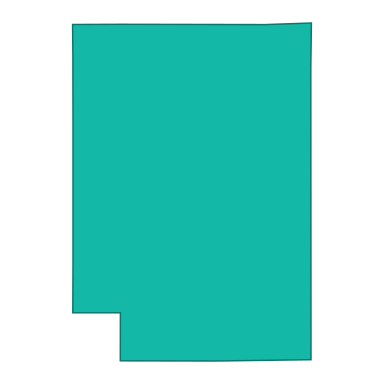 the district of Clark, Wisconsin, United States of America
{"feature_id": "52423323B98849496539352", "entity_name": "Clark", "entity_type": "district", "adm_level": 2, "iso_a3": "USA", "parent_name": "United States of America", "parent_adm1": "Wisconsin", "projection": "mercator", "projection_center": [-90.632, 44.728], "detail": "fine", "context": "isolated", "style": "filled", "palette": "teal", "viewbox_px": 384, "rotation_deg": 0, "n_neighbors": 0, "source": "geoboundaries", "source_scale": "gbopen_adm2", "svg_char_len": 321}
<svg xmlns="http://www.w3.org/2000/svg" viewBox="0 0 384 384"><path d="M311.4,23.0L264.8,24.6L216.4,24.5L121.0,24.3L72.6,24.5L72.9,56.6L72.9,72.7L73.0,120.9L73.0,265.1L72.8,312.8L120.4,312.8L120.3,360.8L215.7,361.0L311.0,359.7L310.9,216.1L310.8,67.7L311.4,23.0Z" fill="#14b8a6" stroke="#0f766e" stroke-width="1.5"/></svg>